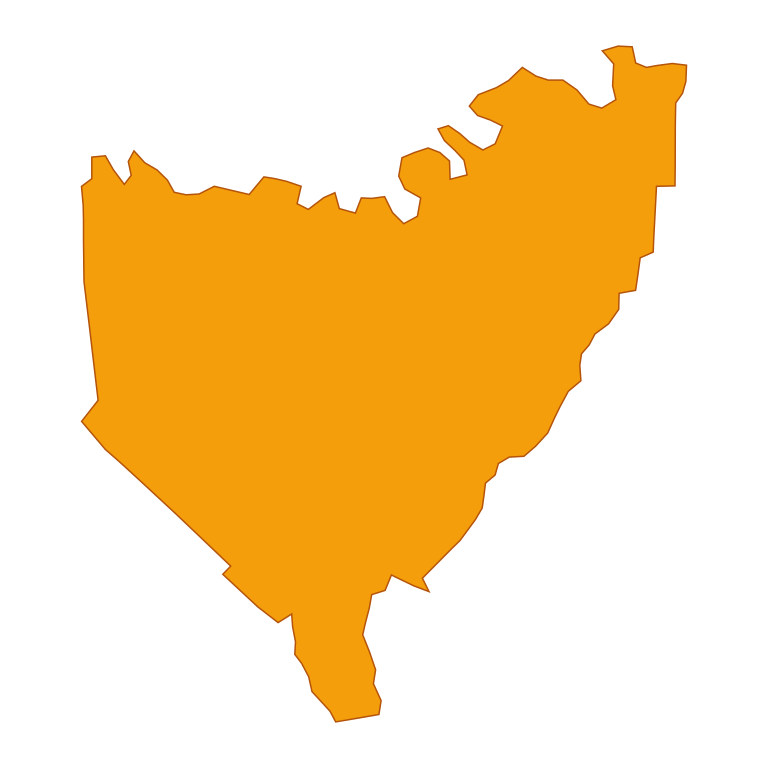 outline of Áurea, Rio Grande do Sul, Brazil
{"feature_id": "56859067B65143809890428", "entity_name": "Áurea", "entity_type": "district", "adm_level": 2, "iso_a3": "BRA", "parent_name": "Brazil", "parent_adm1": "Rio Grande do Sul", "projection": "orthographic", "projection_center": [-52.066, -27.718], "detail": "fine", "context": "isolated", "style": "filled", "palette": "amber", "viewbox_px": 768, "rotation_deg": 0, "n_neighbors": 0, "source": "geoboundaries", "source_scale": "gbopen_adm2", "svg_char_len": 1997}
<svg xmlns="http://www.w3.org/2000/svg" viewBox="0 0 768 768"><path d="M635.6,290.3L637.8,275.4L640.2,257.8L653.2,252.1L653.7,239.2L656.5,186.3L675.0,185.9L675.2,165.5L675.3,124.8L675.7,103.0L682.5,93.3L685.9,81.4L686.5,65.2L672.2,63.5L657.1,65.5L646.5,67.4L635.7,63.0L632.2,46.8L618.1,46.1L602.3,50.8L613.7,63.9L612.6,85.8L615.9,99.7L601.8,108.1L588.9,104.1L577.0,90.0L562.9,80.1L548.2,80.1L535.9,76.1L522.3,67.4L508.6,80.5L496.3,87.7L478.3,94.7L469.3,106.1L477.6,115.5L490.2,120.0L502.5,126.0L495.2,143.8L482.9,150.0L469.7,142.3L459.6,133.4L448.4,125.7L438.0,128.9L444.4,140.6L455.0,150.5L464.0,160.2L467.1,174.9L450.1,179.3L449.5,161.0L439.8,152.5L428.1,148.0L414.5,152.5L402.0,157.7L398.7,176.1L404.8,189.0L420.7,197.9L417.4,216.3L403.7,223.7L392.5,212.6L384.6,196.7L371.7,198.4L361.3,197.9L355.4,213.1L339.3,208.6L334.9,192.7L323.7,197.7L308.3,209.4L297.1,203.7L301.1,186.3L286.4,181.3L274.7,178.6L263.9,176.9L249.2,194.5L233.4,190.8L214.3,186.3L199.1,194.0L186.1,194.8L174.2,192.3L167.4,180.1L157.1,170.0L144.8,162.8L134.0,150.9L128.3,161.5L131.2,175.4L124.3,184.4L113.3,169.7L105.4,155.8L91.8,157.1L91.8,178.7L81.5,186.4L83.2,205.5L83.5,220.1L83.5,240.0L84.0,281.5L88.6,319.7L98.1,400.3L81.6,421.4L105.4,449.5L117.9,460.4L129.1,470.6L142.8,483.2L176.0,514.0L204.7,541.3L222.1,557.9L230.7,566.1L222.8,574.3L257.7,606.8L278.1,622.6L291.7,614.0L292.6,626.6L295.5,641.8L294.8,654.4L301.6,663.3L308.7,676.8L312.0,691.6L321.4,701.8L330.0,711.2L335.7,721.9L378.9,714.5L381.1,700.6L373.4,683.7L375.6,669.8L369.5,651.9L362.7,634.8L365.5,622.6L369.3,608.0L371.7,594.6L385.1,590.4L391.4,575.0L403.1,580.7L413.9,585.9L429.0,591.6L422.4,578.2L451.6,548.7L460.0,540.5L467.9,529.8L475.4,519.6L482.2,508.0L483.9,496.0L485.5,483.1L495.1,475.0L498.4,463.5L509.2,457.1L523.9,456.3L535.6,446.2L547.7,433.0L554.3,418.4L560.0,406.7L568.3,391.3L580.9,380.7L579.8,365.3L581.5,353.8L589.2,344.9L594.9,334.0L608.6,323.8L618.7,309.4L619.1,293.3L635.6,290.3Z" fill="#f59e0b" stroke="#b45309" stroke-width="1.5"/></svg>